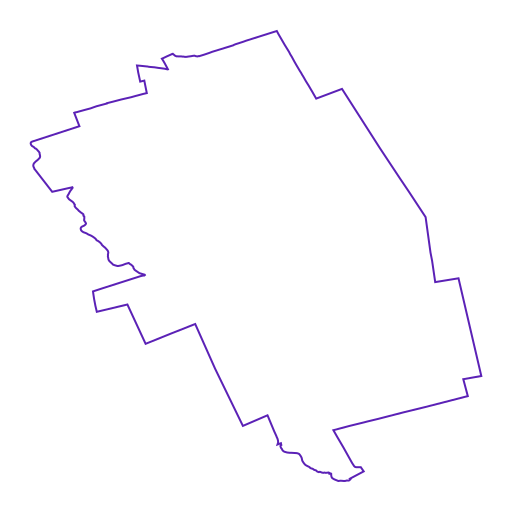 outline of Radomiresti, Olt, Romania
{"feature_id": "2599482B17216146202698", "entity_name": "Radomiresti", "entity_type": "district", "adm_level": 2, "iso_a3": "ROU", "parent_name": "Romania", "parent_adm1": "Olt", "projection": "equal_earth", "projection_center": [24.652, 44.109], "detail": "fine", "context": "isolated", "style": "outline", "palette": "violet", "viewbox_px": 512, "rotation_deg": 0, "n_neighbors": 0, "source": "geoboundaries", "source_scale": "gbopen_adm2", "svg_char_len": 5714}
<svg xmlns="http://www.w3.org/2000/svg" viewBox="0 0 512 512"><path d="M338.3,481.0L340.5,480.7L341.8,480.8L342.9,480.9L344.1,481.0L345.4,480.9L346.1,480.7L346.8,480.5L348.4,480.6L349.2,480.4L350.3,479.4L350.6,479.0L350.1,478.6L363.7,471.4L360.8,467.2L360.3,467.2L356.2,467.2L355.2,467.0L354.2,466.2L352.1,463.0L343.5,447.6L337.1,436.7L333.4,430.2L349.6,425.9L364.3,422.3L366.9,421.6L378.1,418.9L403.7,412.3L425.0,407.1L467.8,396.1L463.3,379.2L481.3,376.0L458.5,278.3L435.2,282.1L432.1,260.8L430.5,252.6L425.6,217.1L408.9,191.7L400.0,178.5L379.8,148.0L342.0,88.9L316.2,98.6L315.5,97.4L314.8,96.2L312.7,92.5L311.9,91.1L311.4,90.3L308.6,85.5L307.4,83.6L305.9,81.2L303.0,76.1L302.2,74.9L301.4,73.4L300.8,72.4L300.0,71.2L297.7,67.3L296.8,65.8L294.4,61.6L291.8,56.8L290.3,54.4L289.1,52.0L284.6,44.7L280.2,37.1L278.5,34.2L276.8,31.0L246.1,40.7L243.4,41.7L240.0,42.8L238.8,43.2L235.6,44.2L233.9,44.9L233.3,45.3L212.2,51.8L209.6,52.8L206.4,53.9L204.0,54.7L201.4,55.5L199.4,56.1L199.1,56.2L198.7,56.1L198.2,56.2L197.9,56.3L197.7,56.4L197.3,56.4L195.9,56.2L195.6,56.1L194.8,55.8L194.5,55.7L194.2,55.7L192.6,55.9L191.1,56.2L187.9,56.6L186.9,56.8L185.4,56.9L184.5,56.8L183.6,56.6L182.3,56.6L181.9,56.5L181.1,56.4L179.3,56.4L178.7,56.4L178.2,56.4L177.7,56.3L176.7,56.3L176.4,56.3L175.7,56.0L175.4,55.9L175.2,55.8L174.9,55.6L174.7,55.4L174.5,55.2L173.7,54.6L173.5,54.4L173.3,54.4L173.2,54.3L172.8,53.8L172.3,53.9L171.0,54.5L170.7,54.7L169.9,55.0L168.4,55.7L167.0,56.3L163.5,58.0L162.3,58.5L161.9,58.7L162.9,60.2L164.6,63.1L165.3,64.4L167.5,68.5L167.9,69.3L167.6,69.4L164.6,68.7L160.8,68.2L158.3,67.9L154.5,67.3L150.8,67.0L148.8,66.8L147.5,66.5L146.3,66.4L140.6,65.8L137.0,65.5L137.8,70.0L138.2,72.4L140.2,81.6L144.3,80.6L145.4,86.2L146.7,92.6L146.8,93.1L143.3,93.9L137.4,95.5L135.8,95.9L131.2,97.2L121.2,99.5L113.2,101.6L106.9,103.2L106.9,103.5L97.5,106.0L96.7,106.2L93.8,107.2L90.5,108.4L88.2,109.0L87.8,109.1L83.0,110.4L80.1,111.2L76.9,112.1L74.9,112.5L74.2,112.8L79.4,126.2L32.1,141.6L30.9,142.4L30.9,142.6L30.7,143.3L30.7,143.6L30.8,144.0L31.1,144.7L31.2,145.0L31.6,145.5L32.0,146.0L32.4,146.2L33.7,147.0L34.2,147.4L34.6,147.9L34.7,148.0L34.8,148.2L35.0,148.3L35.8,148.6L36.2,148.9L37.1,149.7L37.8,150.6L38.6,151.4L39.0,151.9L39.6,152.9L39.6,153.1L39.6,153.5L39.6,154.0L39.9,154.8L40.0,155.5L40.1,156.2L40.1,156.5L40.0,157.0L39.9,157.5L39.7,157.8L39.5,158.1L38.9,158.6L38.3,159.4L37.9,159.7L37.1,160.4L36.5,160.9L35.8,161.4L33.9,163.4L33.7,163.8L33.4,164.8L33.3,165.1L33.3,165.9L33.4,166.2L33.5,166.7L33.7,167.1L33.9,167.5L34.1,167.9L34.3,168.5L34.3,168.8L34.6,169.1L52.2,191.8L69.9,187.8L71.1,187.6L72.3,187.2L72.4,187.3L72.5,187.6L72.6,187.8L72.5,188.0L72.4,188.2L71.6,189.2L71.3,189.7L70.6,190.5L70.0,191.5L69.3,192.7L68.7,194.0L68.3,194.5L67.8,195.4L67.5,195.9L67.4,196.2L67.3,196.6L67.4,197.0L67.8,197.5L68.3,198.3L68.8,198.9L69.1,199.3L72.3,201.6L72.8,202.0L73.2,202.4L73.7,203.0L74.2,203.8L74.3,204.2L74.4,204.3L74.7,204.5L74.8,204.6L74.8,205.1L74.7,205.5L74.6,206.0L75.1,206.9L75.4,207.3L75.9,207.9L77.3,209.2L77.7,209.5L78.6,210.6L79.0,211.0L79.5,211.3L80.7,212.4L81.4,212.8L81.8,213.1L82.1,213.4L82.8,213.8L83.2,214.2L83.4,214.4L83.4,215.6L83.5,215.8L83.6,216.0L83.9,216.1L84.2,216.4L84.3,216.6L84.3,218.2L84.2,219.5L84.1,219.9L84.1,220.2L84.4,220.9L84.9,221.6L85.5,222.4L85.8,223.0L86.0,223.6L85.8,224.0L85.4,224.6L84.7,225.2L83.8,225.8L82.2,226.5L81.6,226.9L81.0,227.5L80.8,228.0L80.7,228.5L80.7,229.0L80.9,229.6L81.1,230.3L81.7,231.0L82.6,231.7L83.4,232.2L85.9,233.1L87.1,233.7L88.3,234.5L89.6,235.0L91.2,235.7L92.7,236.6L94.0,237.5L94.9,238.2L95.7,238.9L96.4,240.0L96.7,240.3L97.3,240.6L98.1,241.0L98.8,241.5L99.2,241.8L100.1,242.5L101.4,243.9L101.9,244.9L102.9,245.8L103.6,246.5L104.7,247.3L105.6,248.2L107.3,250.1L107.9,251.0L108.2,252.0L108.3,252.6L108.2,253.2L107.9,254.7L108.0,255.6L107.9,256.3L107.9,256.8L108.1,257.3L108.2,257.9L108.4,259.2L108.7,260.0L109.1,260.7L109.7,261.4L111.2,262.8L112.1,263.6L112.4,263.9L112.8,264.4L113.2,264.7L114.9,265.3L117.4,266.0L118.2,266.0L120.3,265.6L121.6,265.3L122.7,265.0L123.4,264.7L125.7,263.8L128.0,263.2L128.4,263.0L128.8,263.0L129.2,263.4L129.5,263.7L129.9,264.0L131.0,264.6L131.8,265.3L132.2,265.6L132.5,266.0L133.1,266.5L133.3,266.9L133.4,267.9L134.0,268.8L134.2,269.2L134.4,269.6L135.1,270.2L135.8,270.7L139.2,273.0L139.9,273.3L141.3,273.7L142.2,274.0L144.4,274.6L144.7,274.7L144.8,274.8L144.9,275.0L144.5,275.3L144.3,275.5L143.8,275.5L142.4,275.7L140.7,276.1L103.1,288.1L93.0,291.4L93.2,293.0L94.1,299.0L95.4,305.8L96.8,311.8L127.4,304.5L145.6,343.8L170.9,333.6L195.2,324.0L215.0,368.5L242.9,425.9L267.5,415.3L267.6,415.5L274.2,431.3L276.3,435.9L276.7,437.0L277.5,438.7L278.0,440.6L278.1,441.9L278.1,442.6L277.5,444.5L280.9,443.2L281.3,445.0L280.9,445.2L280.7,445.5L280.4,446.0L280.5,446.4L280.6,446.8L280.8,447.3L281.1,448.0L281.6,448.6L281.9,449.0L282.3,449.9L282.8,450.6L283.4,451.1L284.3,451.7L287.1,452.5L289.7,452.8L291.3,452.8L296.3,453.1L297.1,453.2L298.1,453.5L299.0,453.9L299.6,454.5L300.1,455.2L300.8,456.2L301.3,457.1L301.7,458.0L302.2,460.4L302.6,461.3L303.8,463.1L304.6,464.1L305.5,465.0L306.7,465.7L307.9,466.3L309.5,467.1L310.3,468.0L311.0,468.3L311.5,468.5L311.9,468.5L312.8,468.9L313.3,469.2L314.2,469.9L315.4,470.2L316.0,470.4L316.9,471.3L317.2,471.5L317.9,471.8L318.7,472.1L319.0,472.1L319.7,471.8L319.9,471.8L322.0,472.6L323.2,472.8L323.5,472.8L324.2,472.6L324.7,472.6L324.9,472.7L325.3,472.8L326.3,472.8L327.2,472.7L327.9,472.6L328.5,472.5L329.0,472.7L329.2,472.8L329.2,473.0L329.2,473.3L329.2,473.5L329.3,473.8L329.5,473.8L330.3,473.4L330.5,473.4L330.9,473.5L331.2,473.8L331.2,475.3L331.4,476.3L331.7,477.3L332.0,477.8L332.7,478.4L334.0,479.2L335.6,479.9L336.9,480.4L338.3,481.0Z" fill="none" stroke="#5b21b6" stroke-width="2"/></svg>